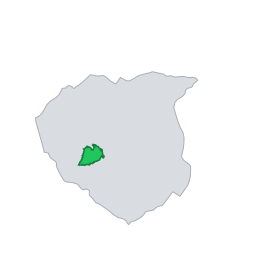 Gutu, Masvingo, Zimbabwe (highlighted), rotated 125°
{"feature_id": "62879985B73698916591345", "entity_name": "Gutu", "entity_type": "district", "adm_level": 2, "iso_a3": "ZWE", "parent_name": "Zimbabwe", "parent_adm1": "Masvingo", "projection": "natural_earth1", "projection_center": [31.544, -19.591], "detail": "fine", "context": "in_parent", "style": "filled", "palette": "green", "viewbox_px": 256, "rotation_deg": 125, "n_neighbors": 0, "source": "geoboundaries", "source_scale": "gbopen_adm2", "svg_char_len": 5446}
<svg xmlns="http://www.w3.org/2000/svg" viewBox="0 0 256 256"><g transform="rotate(125 128 128)"><path d="M172.6,209.7L170.8,208.3L168.3,207.4L165.1,207.0L160.9,207.2L155.8,207.9L150.3,207.0L144.5,204.4L139.6,203.5L133.8,204.6L133.5,204.7L132.5,203.8L130.9,201.9L128.3,201.6L127.6,201.1L127.0,200.4L126.6,199.5L126.4,198.5L126.8,195.4L126.6,195.1L125.9,194.7L124.4,194.3L120.9,192.9L116.5,191.5L109.4,190.0L106.6,189.6L106.0,189.2L105.2,188.0L103.8,184.5L102.5,182.1L99.4,178.5L98.9,177.3L99.0,174.4L99.2,172.1L99.6,170.1L99.4,168.3L99.3,166.0L99.4,164.4L99.0,163.7L97.9,163.3L94.7,163.1L90.9,163.2L90.7,160.8L90.3,157.2L89.6,155.1L88.7,154.0L86.9,152.9L83.4,151.3L78.5,149.0L74.3,145.5L69.5,141.2L68.0,140.4L66.2,136.3L63.4,129.4L63.6,127.1L63.2,125.9L60.5,122.5L59.9,120.7L59.5,118.9L55.3,113.9L53.8,111.7L52.7,108.9L51.6,106.7L50.7,105.8L49.5,104.2L48.7,102.5L48.3,101.2L48.6,99.4L49.0,98.2L53.0,99.5L55.1,99.6L56.8,99.0L58.9,99.8L61.4,102.1L64.1,102.5L67.1,101.1L71.0,101.5L76.1,103.8L80.2,104.2L85.1,102.2L89.5,96.7L93.6,91.4L97.7,85.4L100.1,80.5L103.7,76.6L108.4,73.5L113.3,70.9L120.7,67.8L122.1,65.2L122.6,62.3L122.6,58.3L123.0,55.8L123.7,54.6L125.0,53.7L126.6,52.5L131.4,49.5L135.5,47.6L140.5,46.3L146.0,46.3L151.2,46.3L154.2,46.3L154.3,50.1L154.5,54.4L155.1,54.8L159.0,54.9L165.4,55.2L171.5,55.5L175.4,58.6L176.7,59.3L180.8,60.1L186.0,65.3L192.2,65.7L196.5,67.4L200.2,69.1L202.4,71.3L203.8,71.8L205.7,71.9L206.7,72.1L206.4,73.7L205.2,76.3L205.3,80.0L207.1,85.1L207.3,89.6L206.7,97.6L206.7,105.2L206.9,108.0L207.2,109.8L207.6,110.8L207.5,111.9L206.5,115.1L205.6,118.5L205.6,119.9L205.3,120.8L204.6,121.7L201.9,123.3L201.5,124.2L201.5,126.0L201.8,127.4L202.8,128.0L204.0,128.8L204.5,129.9L204.5,131.1L204.1,133.2L203.0,136.8L204.1,140.9L205.3,143.6L207.0,146.6L207.7,148.5L207.7,149.9L207.4,151.2L204.9,156.8L203.1,160.3L200.8,164.1L197.9,166.4L197.2,167.5L196.9,168.8L197.0,171.6L196.8,174.6L194.3,179.1L195.9,183.0L195.5,183.3L194.7,183.9L191.1,188.2L187.4,192.7L184.8,195.9L181.8,199.6L178.4,203.7L175.5,207.2L172.6,209.7Z" fill="#d9dde1" stroke="#a8b0b8" stroke-width="1"/><path d="M186.6,147.3L186.5,147.0L186.5,146.8L186.5,146.7L186.4,146.7L185.6,146.0L185.5,145.7L185.2,144.9L185.1,144.7L184.9,144.5L184.6,144.4L184.3,143.9L184.2,144.0L184.2,143.9L183.9,143.8L183.9,143.6L183.8,143.4L183.7,143.3L183.5,143.2L183.6,142.6L183.6,142.4L183.4,142.4L183.1,142.1L182.9,142.0L182.9,141.9L182.8,141.7L182.7,141.7L182.4,141.5L182.2,141.5L181.8,141.5L181.7,141.4L181.7,141.2L181.7,140.9L181.6,140.6L181.4,140.5L181.3,140.4L181.2,140.2L180.7,140.0L180.6,139.9L180.6,139.6L180.6,139.4L180.5,139.2L180.5,138.9L180.6,138.7L180.4,138.5L180.2,138.6L179.9,138.7L179.6,138.5L179.4,138.6L179.3,138.3L179.2,138.2L179.0,138.3L178.8,138.3L178.7,138.4L178.5,138.5L178.4,138.4L178.3,138.2L178.2,138.2L178.0,137.7L177.9,137.5L177.7,137.4L177.4,137.2L177.5,136.9L177.4,136.9L177.2,136.8L177.1,136.7L176.9,136.7L176.7,136.7L176.6,136.4L176.3,136.5L176.2,136.6L175.9,136.3L175.9,136.2L175.7,136.1L175.7,136.3L175.6,136.5L175.4,136.4L175.1,136.5L175.0,136.4L174.9,136.4L174.8,136.2L174.5,136.0L174.5,135.9L174.4,135.8L174.2,135.6L173.9,135.4L173.7,135.2L173.4,134.9L173.2,134.9L173.1,134.6L172.9,134.6L172.7,134.4L172.5,134.2L172.4,134.1L172.1,134.1L171.9,133.9L171.6,133.7L171.4,133.6L171.3,133.4L171.2,133.3L170.9,133.2L170.7,133.2L170.0,133.1L169.7,133.2L169.1,133.2L168.5,133.3L168.4,133.3L167.0,133.6L166.9,133.6L166.6,133.6L166.7,133.4L166.5,132.8L166.5,132.1L166.7,131.2L166.1,131.2L165.4,131.0L165.1,131.8L165.1,132.0L164.5,132.0L164.4,132.2L164.6,132.3L164.8,132.8L164.8,133.3L164.5,133.3L164.4,133.4L160.5,136.9L160.5,137.0L161.8,137.1L161.7,137.2L161.8,137.4L161.7,137.6L161.7,138.0L161.4,137.9L160.9,137.8L160.8,138.1L160.8,138.4L160.9,138.6L161.0,139.5L161.0,140.0L160.9,140.4L160.8,140.6L160.8,140.8L160.5,141.2L160.5,141.4L160.3,141.6L160.5,142.1L160.8,142.8L160.7,143.3L160.7,144.0L160.5,144.4L160.5,144.8L160.6,145.1L160.7,145.4L161.9,144.8L161.9,145.0L161.8,145.3L161.8,145.7L161.7,145.7L161.6,145.9L161.5,146.3L161.3,146.6L161.3,146.9L161.4,147.1L161.6,147.2L161.7,147.4L162.3,147.2L162.1,146.7L162.0,145.9L162.5,146.4L162.6,145.4L162.8,145.2L163.0,144.9L163.1,144.7L163.1,144.4L163.7,144.7L164.4,144.5L165.5,144.2L165.9,144.0L166.0,144.1L166.2,144.3L166.3,144.3L166.4,144.7L166.5,145.2L166.8,145.5L166.6,145.7L166.1,146.1L165.9,146.8L165.7,147.1L165.7,147.9L165.8,148.1L165.8,148.6L166.0,149.5L166.1,149.9L167.2,149.7L167.3,150.0L166.4,150.5L166.5,150.8L166.4,150.9L166.4,151.0L166.7,150.9L167.4,150.8L168.0,151.4L168.7,151.3L169.0,151.5L169.8,151.7L170.0,151.8L170.4,152.2L170.7,152.4L170.8,152.2L170.9,151.9L170.9,151.7L171.0,151.6L171.1,151.4L171.1,151.2L171.9,150.7L172.8,150.4L173.0,150.6L173.8,149.9L174.1,149.8L174.3,150.0L174.6,150.1L174.9,150.1L175.2,149.8L175.5,149.7L175.9,149.3L176.2,149.2L176.4,149.2L176.5,149.3L176.5,149.1L176.8,148.8L177.0,148.8L177.2,148.7L177.3,148.7L177.5,148.6L177.8,148.5L178.0,148.8L178.5,148.7L178.9,148.5L179.0,148.4L179.3,148.3L179.4,148.2L179.5,147.9L179.7,148.0L179.8,148.0L180.0,148.1L180.3,148.1L180.3,147.9L180.5,147.8L180.7,147.7L180.8,147.6L181.1,147.6L181.3,147.6L181.5,147.6L181.9,147.7L182.0,147.7L182.3,147.7L182.4,147.8L182.6,147.8L182.7,147.7L183.0,147.7L183.0,147.8L183.3,147.9L183.7,147.7L184.0,147.7L184.3,147.6L184.5,147.5L184.8,147.5L185.0,147.5L185.4,147.5L185.6,147.4L185.8,147.4L186.1,147.3L186.4,147.3L186.6,147.3Z" fill="#22c55e" stroke="#15803d" stroke-width="1.5"/></g></svg>